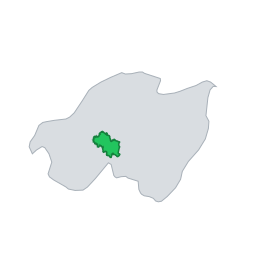 Ruhango, Southern, Rwanda (highlighted), rotated 36°
{"feature_id": "39286606B52583425373362", "entity_name": "Ruhango", "entity_type": "district", "adm_level": 2, "iso_a3": "RWA", "parent_name": "Rwanda", "parent_adm1": "Southern", "projection": "equal_earth", "projection_center": [29.754, -2.193], "detail": "fine", "context": "in_parent", "style": "filled", "palette": "green", "viewbox_px": 256, "rotation_deg": 36, "n_neighbors": 0, "source": "geoboundaries", "source_scale": "gbopen_adm2", "svg_char_len": 5407}
<svg xmlns="http://www.w3.org/2000/svg" viewBox="0 0 256 256"><g transform="rotate(36 128 128)"><path d="M106.8,74.2L109.2,74.1L125.0,69.0L126.5,70.6L129.1,80.4L130.4,81.9L132.6,82.2L137.0,80.0L145.1,72.3L148.6,67.6L152.8,61.0L158.1,53.6L161.1,47.2L164.0,43.4L167.8,42.3L172.0,42.5L174.9,42.7L172.5,44.2L172.0,48.9L174.8,56.5L183.8,72.2L189.5,75.0L193.3,81.1L197.0,91.4L198.0,104.2L196.5,119.6L197.4,131.1L200.7,138.6L201.6,148.4L200.0,160.4L198.1,167.6L195.9,169.9L193.3,170.8L189.8,170.0L185.6,171.0L181.0,173.3L178.1,173.6L176.3,173.2L172.9,171.3L167.5,165.1L157.4,168.5L154.7,168.4L151.1,171.4L148.1,175.0L146.2,175.2L144.4,174.7L135.8,167.4L132.6,167.7L131.3,188.2L129.9,199.6L128.1,204.7L121.9,209.6L115.7,212.4L112.3,212.2L98.6,213.7L93.2,213.7L90.3,212.1L86.4,200.4L79.2,195.3L72.2,192.8L69.4,193.5L66.9,199.6L65.8,205.1L59.1,201.3L57.0,196.7L56.9,188.9L54.4,178.2L55.8,173.6L58.4,170.7L64.0,165.0L72.5,157.2L74.4,153.5L75.6,147.3L75.0,132.8L74.2,120.6L75.2,116.2L79.1,106.8L84.3,97.1L90.4,86.9L94.1,85.9L98.9,82.0L104.0,76.3L106.8,74.2Z" fill="#d9dde1" stroke="#a8b0b8" stroke-width="1"/><path d="M136.5,157.2L136.5,156.9L136.7,156.7L136.8,156.2L137.0,155.8L137.0,155.5L136.9,155.2L137.0,155.1L136.8,154.8L136.9,154.6L136.9,154.2L136.6,154.0L135.1,154.2L134.7,153.9L134.4,153.4L133.5,151.4L133.0,150.4L133.0,150.1L132.8,149.7L132.5,149.2L132.4,148.6L132.4,148.2L132.2,148.1L130.9,147.6L130.6,147.3L130.4,147.0L130.3,146.8L130.2,146.7L129.9,146.5L129.9,146.4L129.8,145.8L129.5,145.5L129.5,145.1L129.5,144.9L129.5,144.3L129.3,144.2L129.2,144.2L128.9,144.5L128.6,144.6L128.3,144.7L128.2,144.7L128.1,144.8L127.8,144.7L127.7,144.8L127.3,144.9L127.1,144.8L126.8,145.0L126.7,145.0L126.4,145.2L126.1,145.4L125.9,145.4L125.5,145.3L125.1,145.4L124.8,145.3L124.5,145.4L124.2,145.2L123.4,145.3L123.3,145.6L123.5,146.0L123.7,146.4L123.5,146.5L123.4,146.5L123.2,146.7L123.1,146.9L122.5,146.9L122.5,147.0L122.6,147.3L122.8,147.7L122.6,147.9L122.4,148.2L122.5,148.4L122.5,148.6L122.3,148.7L122.2,148.5L121.9,148.4L121.6,148.6L121.3,148.4L121.2,148.4L120.8,148.1L120.7,147.6L120.2,147.4L120.0,147.2L119.5,147.0L119.1,146.7L118.7,146.3L118.6,145.9L118.3,145.9L117.6,145.3L117.2,145.3L116.9,145.4L116.7,145.4L116.4,145.5L116.1,145.5L115.8,145.6L115.7,145.7L115.7,145.8L115.6,146.0L115.3,146.1L115.2,146.2L114.9,146.2L114.6,146.0L114.7,145.9L114.6,145.7L114.4,145.4L114.5,145.3L114.5,145.2L114.6,144.9L114.4,144.7L114.2,144.6L113.9,144.6L113.7,144.7L113.7,144.8L113.6,144.7L113.4,144.7L113.3,145.0L113.3,145.6L113.3,146.1L112.8,146.0L112.6,145.9L112.4,145.6L112.4,145.4L112.3,145.6L112.1,146.0L111.6,146.0L111.2,145.9L110.9,145.9L110.7,146.0L110.4,146.0L109.9,146.4L109.8,146.1L109.7,146.2L109.5,145.9L109.4,145.9L109.5,145.8L109.4,145.8L109.3,146.3L109.1,146.4L109.1,146.6L109.1,146.8L109.1,147.0L108.9,147.3L108.7,147.5L108.4,147.8L108.3,148.0L108.4,148.5L108.5,148.4L108.5,148.5L108.4,148.7L108.2,148.7L108.1,149.1L108.5,149.2L108.5,149.3L108.5,149.5L108.8,149.5L108.8,149.9L109.0,149.9L108.9,150.1L108.9,150.3L108.9,150.6L108.8,150.9L109.0,151.1L109.2,151.5L109.1,151.9L109.2,152.1L108.9,152.5L109.0,152.8L108.8,153.1L108.4,153.0L108.3,152.8L108.2,152.8L108.0,153.1L107.8,153.2L107.8,153.4L107.7,153.4L107.4,153.7L107.5,153.8L107.5,154.0L107.4,154.2L107.1,153.7L106.9,153.9L106.8,153.7L106.7,154.1L106.5,154.3L106.3,154.3L105.8,154.5L105.7,154.9L105.7,155.2L105.8,155.2L105.9,155.3L105.9,155.5L106.0,155.6L105.9,155.7L106.0,155.8L106.1,156.0L106.4,156.4L106.4,156.6L106.6,156.9L106.8,156.9L106.8,157.3L106.7,157.3L106.8,157.4L107.0,157.4L107.1,157.5L106.9,157.7L107.0,157.8L107.2,158.0L107.3,158.1L107.2,158.2L107.3,158.2L107.3,158.4L107.3,158.5L107.5,158.8L107.7,159.0L107.8,159.0L107.9,158.9L108.2,159.0L108.0,159.4L108.2,159.6L108.5,159.2L108.8,159.3L109.2,159.2L109.3,159.3L109.6,159.3L110.0,159.6L110.1,159.9L110.2,160.1L110.3,160.1L110.5,160.2L110.8,160.1L111.0,159.9L111.1,159.1L111.3,159.1L111.5,159.2L111.7,159.5L111.9,159.7L111.9,160.1L112.0,159.9L112.1,160.0L112.3,159.8L112.7,159.0L112.8,159.0L113.0,159.2L113.1,159.4L113.2,159.5L113.3,159.7L113.5,160.1L114.0,160.5L114.3,161.1L114.6,161.0L114.8,160.9L114.9,161.0L115.0,161.0L115.3,160.8L115.5,160.5L115.5,160.1L115.4,159.9L115.4,159.7L115.4,159.1L115.4,158.8L115.3,158.7L115.3,158.4L115.5,158.5L115.8,158.5L116.0,158.7L116.5,158.6L116.6,158.2L116.8,158.1L117.2,158.3L117.5,158.6L118.3,158.5L118.5,158.7L118.8,157.9L119.1,158.2L119.4,158.4L119.5,159.0L119.7,159.7L120.0,160.0L121.0,160.7L121.2,161.1L121.4,161.6L121.7,161.8L121.9,161.8L122.0,161.9L122.3,161.9L122.5,162.0L122.6,161.9L123.0,161.2L122.9,161.0L122.9,160.8L123.1,160.4L123.6,160.0L123.9,160.1L124.1,160.2L124.5,159.8L124.8,160.0L125.1,160.1L125.2,160.3L125.2,160.5L125.4,160.9L125.9,161.2L125.9,161.3L126.0,161.7L126.3,162.2L126.5,162.2L126.8,162.1L126.9,162.3L127.0,162.5L127.2,162.4L127.3,162.3L127.6,162.3L127.9,162.2L128.1,161.9L128.3,161.8L128.5,161.8L128.8,161.6L129.1,161.6L129.4,161.6L129.8,161.9L130.1,161.9L130.3,162.0L130.6,162.0L130.9,162.2L131.0,162.2L131.4,161.7L131.6,161.6L131.3,161.1L131.3,160.7L131.2,160.4L131.0,159.9L130.9,159.8L130.9,159.6L130.9,159.4L130.9,159.2L130.9,158.8L130.7,158.5L130.3,158.6L130.4,158.3L130.5,157.6L130.6,157.3L131.2,157.2L131.8,157.8L132.0,157.9L132.3,157.6L132.6,157.4L132.9,157.3L133.4,157.2L133.7,157.1L134.2,157.3L134.4,157.2L134.7,157.1L135.0,157.1L135.7,157.5L136.5,157.2Z" fill="#22c55e" stroke="#15803d" stroke-width="1.5"/></g></svg>